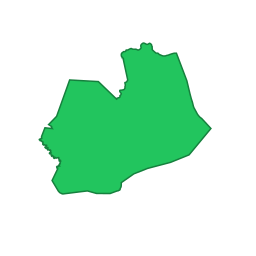 San Esteban, Olancho, Honduras (orthographic projection), rotated 27°
{"feature_id": "27666195B69653705101844", "entity_name": "San Esteban", "entity_type": "district", "adm_level": 2, "iso_a3": "HND", "parent_name": "Honduras", "parent_adm1": "Olancho", "projection": "orthographic", "projection_center": [-85.837, 15.313], "detail": "fine", "context": "isolated", "style": "filled", "palette": "green", "viewbox_px": 256, "rotation_deg": 27, "n_neighbors": 0, "source": "geoboundaries", "source_scale": "gbopen_adm2", "svg_char_len": 5029}
<svg xmlns="http://www.w3.org/2000/svg" viewBox="0 0 256 256"><g transform="rotate(27 128 128)"><path d="M137.2,39.4L135.7,40.1L134.3,41.1L133.9,41.6L133.4,42.0L132.2,43.2L131.6,43.8L131.0,44.6L130.4,45.1L129.6,45.7L129.2,46.1L128.8,46.6L128.5,46.9L128.2,47.1L127.8,47.2L127.4,47.5L126.4,47.9L126.1,48.0L124.7,48.1L123.4,48.2L123.0,48.3L122.8,48.3L122.2,48.2L121.5,48.0L121.0,47.8L120.8,47.8L120.3,47.9L119.3,48.4L119.0,48.5L118.5,48.5L117.5,48.2L116.5,48.0L115.6,47.7L114.7,47.5L114.4,47.4L114.0,46.9L113.8,46.9L113.7,46.7L113.5,46.2L113.4,45.9L112.7,44.9L112.5,44.4L112.0,44.1L111.8,44.0L111.3,43.3L111.1,43.1L110.8,43.0L110.1,42.7L109.7,42.7L109.0,42.6L108.8,42.7L108.7,42.8L108.5,43.0L108.0,44.0L107.4,44.6L106.9,44.9L106.6,45.0L106.1,45.0L105.3,45.0L104.7,45.0L103.7,45.1L103.2,45.3L102.9,45.5L102.4,46.3L102.0,47.3L101.9,47.8L101.9,48.4L102.1,49.0L102.4,49.5L102.8,50.0L103.1,50.3L103.2,50.6L103.2,50.9L103.2,51.2L103.2,51.5L102.9,52.3L102.7,52.7L102.2,53.4L102.1,53.6L101.8,53.8L101.5,54.0L101.4,54.0L101.0,54.1L100.0,54.1L99.2,54.2L99.0,54.3L98.7,54.6L97.7,55.0L96.9,55.4L96.6,55.6L96.3,55.6L95.0,55.7L94.8,55.7L94.6,55.8L94.4,56.0L94.0,56.4L93.4,57.2L93.1,57.6L92.7,58.2L92.5,58.5L92.2,58.7L91.3,59.2L91.0,59.4L91.0,59.6L91.0,59.8L91.1,60.6L91.0,60.8L90.9,61.0L90.4,61.4L89.6,61.8L89.4,62.0L89.2,62.4L88.5,63.9L88.6,64.0L88.5,64.7L88.4,65.1L88.5,65.3L89.1,66.3L89.3,66.8L89.9,67.2L90.2,67.4L90.6,67.5L90.9,67.5L91.0,67.6L91.0,67.8L91.0,68.0L91.4,67.9L91.5,67.9L92.0,68.2L92.3,68.2L92.4,68.7L92.5,68.9L92.9,69.1L92.9,69.3L106.0,85.4L105.9,85.8L105.9,86.4L105.8,87.6L105.4,88.2L104.8,88.7L104.8,88.9L104.7,89.0L104.8,89.2L105.0,89.5L105.7,90.4L105.9,90.6L106.1,91.0L106.5,92.0L106.6,92.9L107.2,93.6L107.2,93.9L107.2,94.2L107.1,95.2L107.0,95.5L106.7,95.8L105.9,96.6L105.5,96.8L105.1,97.2L104.8,97.4L103.9,97.9L103.7,98.1L103.7,98.5L103.9,98.9L104.4,99.4L104.8,99.6L106.2,100.3L106.3,100.4L106.4,100.5L106.5,101.0L106.6,101.5L106.5,102.0L106.2,102.7L106.2,102.9L106.2,103.1L106.3,103.2L106.7,103.6L106.8,103.7L106.8,103.9L106.7,104.2L106.6,104.4L106.5,104.6L106.3,104.9L105.3,105.9L104.9,106.3L104.7,106.5L104.9,107.3L104.8,107.5L80.5,100.1L54.2,111.7L55.5,121.7L59.1,150.0L55.7,161.0L59.2,161.3L59.2,161.6L59.2,161.8L59.7,162.2L60.4,162.6L60.6,162.8L60.8,162.9L53.9,165.5L54.8,174.4L54.9,174.9L55.0,175.3L55.1,175.5L55.6,176.0L55.9,176.3L55.9,176.5L55.2,177.1L54.8,177.7L54.3,178.1L54.2,178.3L54.2,178.6L54.3,178.7L54.5,178.8L54.9,178.9L55.2,178.8L55.7,179.2L55.8,179.1L56.0,178.8L56.1,178.6L56.3,178.6L56.5,178.6L56.8,178.7L57.1,178.9L57.3,179.1L57.5,179.2L58.1,179.1L58.4,179.1L58.6,179.1L58.7,179.3L58.8,179.5L58.9,180.1L59.0,180.2L59.1,180.4L59.6,180.7L59.5,181.1L59.6,181.3L59.9,181.3L60.1,181.3L60.3,181.4L60.4,181.5L60.5,181.5L60.7,181.4L61.0,181.0L61.3,180.8L62.0,181.0L62.5,180.8L63.1,180.4L63.3,180.3L63.5,180.5L63.6,180.8L63.6,181.3L63.5,181.7L63.4,182.0L62.8,182.5L62.7,182.7L62.7,182.8L62.8,182.9L63.1,183.1L63.6,183.1L64.2,183.4L64.4,183.3L64.9,183.2L65.2,183.1L65.3,183.0L65.4,182.7L65.1,182.0L65.3,181.9L65.5,181.8L65.8,182.0L65.8,182.5L66.0,182.8L66.1,183.1L66.1,183.8L66.5,184.0L66.7,183.9L66.8,183.8L67.1,183.4L67.3,183.3L67.6,183.3L67.9,183.4L68.1,183.5L68.3,183.6L68.5,183.1L68.6,182.9L69.0,182.9L69.4,183.2L69.4,183.3L69.8,184.0L70.1,184.7L70.3,184.8L70.5,184.8L70.6,185.1L70.4,185.3L69.5,185.6L69.4,185.7L69.4,185.8L69.4,186.0L69.5,186.3L69.8,186.5L70.0,186.5L70.2,186.4L70.4,185.9L70.6,185.9L70.8,185.9L71.7,186.7L72.0,187.2L72.6,187.7L72.8,187.2L73.0,186.9L73.2,186.7L73.3,186.7L73.5,187.1L74.1,187.2L74.1,187.3L74.1,187.5L74.4,187.7L74.5,187.7L74.7,187.3L74.9,187.2L75.0,187.3L75.1,187.5L75.1,187.9L75.2,188.2L75.4,188.3L75.7,188.5L75.8,188.6L76.0,188.5L76.4,188.4L76.6,188.2L76.5,187.4L76.8,187.2L77.0,187.2L77.4,187.3L77.7,187.3L77.9,187.3L78.4,186.7L78.9,186.4L79.4,185.9L79.6,185.8L79.8,185.9L79.9,186.0L80.0,186.2L80.0,186.6L80.2,186.9L80.3,187.0L80.5,187.1L80.9,187.1L81.1,187.2L81.3,187.8L81.5,188.5L81.8,188.6L82.0,188.4L82.4,187.5L82.6,187.5L82.8,188.0L83.2,188.4L83.2,188.6L83.1,188.9L83.1,189.1L83.2,189.3L83.3,189.8L83.3,190.0L83.6,190.3L83.7,190.5L83.4,190.8L83.3,191.5L83.3,191.8L83.6,191.7L83.6,191.8L83.8,192.0L83.8,192.6L83.7,192.8L83.8,192.9L84.0,193.0L83.5,193.2L83.3,193.4L83.0,193.5L82.9,193.6L83.2,194.0L83.0,194.3L83.1,194.6L82.9,194.8L82.4,194.7L82.2,194.7L82.2,194.8L82.1,195.0L82.3,195.3L82.5,195.5L82.8,195.6L82.9,195.8L83.1,196.1L83.6,196.3L83.9,196.3L84.2,209.3L94.7,215.9L95.4,216.1L96.2,216.5L97.1,216.6L97.5,216.6L98.2,216.5L98.6,216.6L98.8,216.6L99.0,216.4L99.4,216.3L99.8,216.4L113.8,206.9L120.4,202.5L129.7,200.6L141.8,194.5L147.0,188.9L147.4,188.7L147.7,188.5L148.0,187.9L148.5,187.4L148.8,186.9L148.9,186.6L148.8,186.2L148.5,185.5L148.6,184.3L148.4,183.2L148.3,182.8L147.7,181.5L147.2,180.4L146.9,180.0L146.8,179.8L154.0,166.2L163.8,155.1L181.5,139.3L194.6,124.2L195.2,121.6L202.1,90.8L189.4,86.1L186.7,85.6L183.8,84.3L177.4,79.9L176.2,78.7L173.8,75.9L171.0,73.1L167.6,69.3L159.0,59.2L137.2,39.4Z" fill="#22c55e" stroke="#15803d" stroke-width="1.5"/></g></svg>